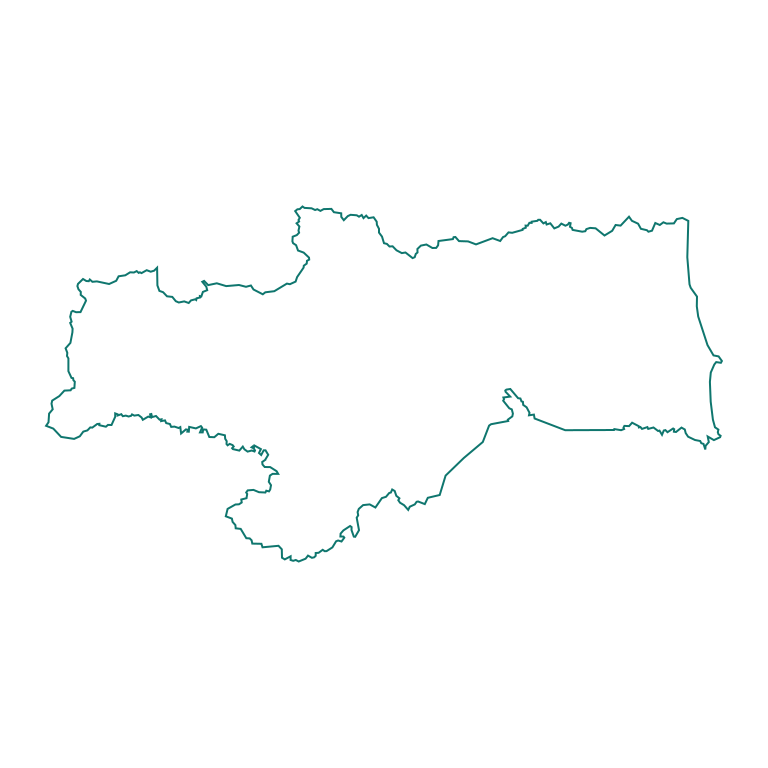 outline of Hua Hin, Prachuap Khiri Khan, Thailand
{"feature_id": "78962969B56213444646576", "entity_name": "Hua Hin", "entity_type": "district", "adm_level": 2, "iso_a3": "THA", "parent_name": "Thailand", "parent_adm1": "Prachuap Khiri Khan", "projection": "mercator", "projection_center": [99.679, 12.495], "detail": "fine", "context": "isolated", "style": "outline", "palette": "teal", "viewbox_px": 768, "rotation_deg": 0, "n_neighbors": 0, "source": "geoboundaries", "source_scale": "gbopen_adm2", "svg_char_len": 6061}
<svg xmlns="http://www.w3.org/2000/svg" viewBox="0 0 768 768"><path d="M455.4,237.0L453.6,237.2L452.9,239.1L438.5,241.0L438.1,245.3L436.2,247.9L432.4,248.0L426.4,244.5L420.9,245.6L417.4,249.0L417.5,252.5L415.8,253.9L414.7,257.2L412.6,258.1L405.5,252.5L401.8,253.1L396.5,250.3L392.6,246.3L389.5,246.5L386.9,243.9L384.0,243.2L382.0,236.6L379.0,232.6L379.0,228.8L376.9,224.8L376.7,221.7L373.6,217.3L368.5,218.1L366.2,215.6L363.5,218.1L361.7,215.0L359.0,216.7L356.8,215.3L350.6,214.8L347.8,216.1L343.8,220.2L341.3,216.9L341.2,213.3L333.9,212.2L331.4,208.9L323.7,209.1L320.4,210.9L317.3,209.2L315.1,210.0L311.6,208.3L304.5,207.9L302.5,206.5L299.7,209.1L297.4,209.3L295.2,211.1L299.8,217.8L298.5,220.0L299.1,221.5L296.6,223.3L299.4,226.5L298.5,230.6L299.1,232.7L296.8,235.1L292.7,236.7L292.4,241.3L293.1,243.2L296.1,245.2L298.0,250.5L303.7,252.6L309.0,257.6L309.2,259.6L307.0,260.8L306.7,263.6L303.8,265.7L303.6,267.6L297.1,277.1L295.6,281.6L289.9,284.2L286.9,283.6L274.3,291.2L265.3,292.3L262.8,294.3L253.5,289.5L250.9,285.5L246.0,286.8L239.0,285.0L226.2,286.1L216.8,283.3L208.2,285.1L204.1,280.9L202.3,281.8L206.3,286.7L207.2,290.2L202.9,291.9L201.3,296.5L199.9,296.1L200.0,297.5L196.6,298.3L196.2,300.0L195.2,299.3L191.0,300.4L188.7,303.0L184.2,301.4L178.8,302.5L175.8,301.2L172.3,296.9L167.0,296.3L163.1,292.2L159.4,290.9L157.4,285.4L157.1,267.7L154.1,270.7L150.7,271.7L146.7,270.2L141.5,273.1L139.9,272.3L138.7,272.9L136.7,271.1L133.9,272.5L130.1,272.3L125.3,275.3L118.6,276.3L116.2,280.8L109.1,284.0L96.9,281.4L92.4,281.8L89.8,279.5L88.8,281.2L86.3,281.0L83.0,279.0L78.0,283.9L77.4,286.1L78.5,289.3L80.8,291.9L80.7,294.9L85.2,298.5L86.0,300.7L80.5,312.1L76.1,312.2L72.7,310.9L71.4,311.8L70.2,316.8L71.6,321.7L70.2,322.9L72.6,328.7L72.4,332.4L70.4,342.9L65.6,348.3L67.3,352.8L67.0,356.0L68.4,358.4L68.4,371.2L71.5,377.9L73.1,378.2L73.4,380.2L74.8,381.7L74.4,387.9L71.7,388.6L70.6,390.3L64.4,390.6L59.3,396.1L52.2,400.6L51.5,403.7L52.7,409.3L49.1,413.6L48.5,422.3L46.1,425.8L53.3,428.6L61.1,436.9L74.1,438.9L79.8,436.3L83.3,431.6L87.4,430.4L90.3,427.4L92.3,427.6L97.2,424.0L99.4,423.8L99.3,425.2L105.9,426.7L108.0,424.9L111.5,425.0L115.2,416.8L115.2,413.4L117.6,414.3L117.6,415.5L121.3,414.2L122.8,416.2L125.8,415.6L128.6,416.5L131.1,415.8L132.0,414.4L134.3,415.6L138.4,415.0L141.6,417.5L142.8,419.8L148.2,416.6L150.7,417.4L150.1,414.3L151.3,414.0L152.1,417.1L156.0,416.0L159.6,419.7L161.5,419.3L161.2,421.1L165.0,420.4L166.2,423.1L169.9,424.0L171.2,426.9L174.5,426.6L178.6,428.0L180.3,427.1L181.1,433.5L185.9,429.4L188.1,429.8L187.4,431.6L188.8,431.7L189.2,426.9L195.9,428.4L200.9,426.1L202.1,427.6L200.0,432.4L202.7,432.4L203.2,429.4L206.3,429.7L209.3,437.0L214.3,437.2L218.3,433.8L224.9,435.3L225.2,438.8L226.7,441.2L226.5,444.0L227.6,445.3L229.7,443.9L232.6,445.1L233.7,446.5L232.1,448.2L232.9,449.1L239.3,450.6L242.8,446.6L244.4,449.3L247.6,451.6L251.8,450.5L254.5,451.5L255.0,450.5L253.8,448.4L251.6,447.3L253.0,446.2L254.2,446.6L254.4,445.5L260.9,449.1L259.0,453.0L261.2,455.0L263.7,450.3L265.5,450.3L268.2,454.8L265.3,459.6L265.9,459.4L262.2,462.0L262.5,464.5L264.7,467.0L270.2,467.1L276.6,471.2L278.2,473.9L272.5,473.9L269.9,475.6L268.8,481.8L271.0,485.2L270.2,489.5L269.0,491.4L266.3,490.7L265.4,492.5L259.0,492.2L253.5,489.9L247.7,490.4L246.2,492.5L247.2,494.0L246.5,498.2L241.3,499.5L241.7,502.5L239.0,504.3L235.4,504.5L227.6,508.9L225.8,516.3L231.9,518.6L232.6,521.9L235.4,525.1L235.7,528.3L240.7,528.9L246.3,538.2L249.7,538.4L251.6,540.3L252.3,543.6L261.4,543.8L262.5,547.3L278.5,545.8L281.8,549.3L282.0,557.7L284.8,559.4L290.6,556.3L290.6,560.0L293.2,560.8L295.8,560.0L298.7,561.5L305.6,558.7L308.0,555.6L311.9,557.8L314.2,557.3L315.7,555.8L315.7,553.0L318.6,552.8L322.7,549.8L324.7,551.2L326.6,551.1L332.4,547.4L336.1,541.3L338.1,540.5L341.5,541.5L344.3,537.7L343.5,536.6L340.4,536.5L340.6,533.6L343.4,530.4L350.1,526.0L351.6,527.1L351.5,530.0L353.8,536.6L355.2,536.8L359.0,530.2L356.7,517.7L358.2,515.3L357.6,512.1L358.8,508.9L363.1,505.1L369.7,504.4L375.4,507.5L381.9,498.1L386.0,496.8L389.2,493.0L390.9,492.5L392.2,489.5L394.7,491.0L396.3,495.8L399.4,498.3L398.3,500.2L400.0,502.7L404.1,505.2L408.2,509.9L409.8,506.7L414.8,504.4L416.6,501.8L418.1,501.5L424.8,504.1L427.8,497.8L439.7,495.0L445.6,475.6L463.8,458.0L482.8,442.0L489.1,425.6L491.1,424.2L508.2,421.0L507.8,419.7L512.3,416.4L512.9,413.6L511.8,409.4L509.3,408.3L503.2,400.7L504.0,399.2L503.4,397.5L510.2,396.6L505.6,391.8L505.3,390.5L506.4,389.6L510.3,389.0L518.1,398.2L520.4,398.5L521.5,401.4L522.9,401.8L523.2,404.9L526.6,407.3L529.5,412.8L529.0,415.3L533.9,414.6L534.6,418.5L565.2,430.2L614.0,430.0L614.3,429.1L621.1,430.2L624.1,429.0L623.5,427.6L624.4,425.9L629.1,426.1L632.1,422.7L638.8,426.2L638.9,427.4L640.4,427.0L642.0,428.9L647.4,427.1L648.2,428.9L653.5,427.5L658.1,431.0L659.5,430.6L662.0,434.8L663.8,430.5L665.4,430.1L667.5,432.2L673.1,428.5L674.2,429.2L673.9,431.7L676.0,432.0L681.5,427.6L684.8,429.5L685.7,433.1L688.1,436.7L695.0,440.0L700.2,441.0L701.3,443.2L703.5,443.9L705.3,449.5L705.6,445.8L708.8,442.1L707.7,436.5L713.9,440.1L720.1,437.2L720.6,435.8L718.5,434.3L717.8,432.2L718.4,429.6L715.0,427.3L712.9,419.6L710.7,401.7L709.9,381.9L710.8,372.5L714.3,364.5L716.2,362.1L720.9,362.8L721.9,361.0L718.6,356.4L713.5,355.4L707.5,345.1L698.2,316.5L696.8,306.3L697.0,296.6L690.7,287.8L689.5,284.3L687.3,257.2L688.3,220.9L682.4,217.9L676.8,219.1L673.9,223.4L666.6,223.6L663.4,222.3L659.8,225.0L655.3,223.0L652.0,230.7L648.4,231.7L646.9,230.2L640.9,228.8L638.1,223.7L631.9,220.8L629.0,216.7L620.6,225.6L615.6,225.0L612.2,230.8L604.5,235.5L595.6,228.3L590.1,227.9L586.4,229.1L585.3,231.2L582.2,231.7L572.6,229.9L571.9,227.9L570.0,226.8L570.6,223.2L569.1,222.8L567.8,224.6L565.4,225.7L561.3,223.6L558.6,226.6L554.3,228.4L550.3,223.3L546.6,224.5L545.8,222.1L543.4,223.4L540.1,219.8L538.2,219.8L537.4,220.8L531.6,221.7L531.6,222.9L529.4,222.8L527.7,225.7L525.6,225.6L525.8,227.7L522.7,228.9L522.6,229.9L512.2,232.8L508.5,232.4L505.2,236.2L503.0,237.1L500.2,241.0L492.6,238.2L476.0,244.4L468.1,241.4L459.0,241.1L455.4,237.0Z" fill="none" stroke="#0f766e" stroke-width="2"/></svg>